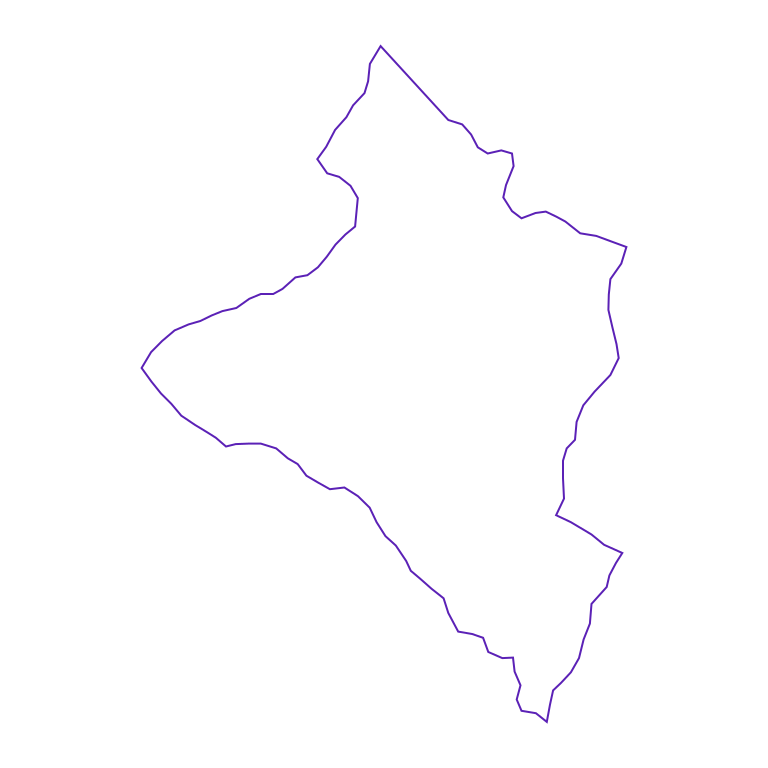 Júlio Mesquita, São Paulo, Brazil (Natural Earth projection)
{"feature_id": "56859067B97647740758227", "entity_name": "Júlio Mesquita", "entity_type": "district", "adm_level": 2, "iso_a3": "BRA", "parent_name": "Brazil", "parent_adm1": "São Paulo", "projection": "natural_earth1", "projection_center": [-49.794, -21.975], "detail": "fine", "context": "isolated", "style": "outline", "palette": "violet", "viewbox_px": 768, "rotation_deg": 0, "n_neighbors": 0, "source": "geoboundaries", "source_scale": "gbopen_adm2", "svg_char_len": 1659}
<svg xmlns="http://www.w3.org/2000/svg" viewBox="0 0 768 768"><path d="M606.7,587.0L609.4,575.4L616.0,562.9L622.3,553.0L604.1,544.8L591.5,534.5L570.9,522.2L556.1,515.2L564.0,498.6L563.0,478.3L563.0,460.7L566.7,448.4L575.0,439.8L576.6,421.9L583.3,405.3L594.6,391.6L610.4,375.0L618.7,358.1L616.5,344.1L612.4,327.3L608.4,309.9L608.8,294.5L610.4,279.1L621.3,263.6L626.4,247.0L611.4,241.5L596.2,235.9L580.2,233.3L565.3,221.5L556.4,216.7L545.8,211.6L535.5,213.0L521.5,218.3L512.0,211.1L503.3,197.4L506.0,185.1L513.6,166.1L512.0,153.5L501.3,150.4L487.7,153.5L477.8,147.3L471.1,134.5L462.2,124.4L448.3,120.0L380.6,46.1L369.9,63.9L368.1,81.3L364.5,93.1L353.1,105.3L346.4,117.2L335.1,129.9L326.2,146.8L317.3,159.1L327.2,173.3L339.2,176.9L350.5,185.8L357.8,198.1L356.4,212.8L355.1,226.5L345.4,234.5L335.5,244.6L326.8,256.7L317.9,267.3L307.4,275.2L295.4,277.4L282.5,288.9L273.2,294.0L260.8,294.0L249.3,298.8L236.3,308.0L222.4,311.1L211.8,315.4L200.3,321.0L188.6,324.4L174.6,330.4L162.1,341.0L151.1,352.1L141.6,368.0L151.5,381.7L161.0,393.5L171.4,403.9L181.3,415.7L195.3,425.1L207.2,432.3L215.9,437.8L226.0,446.5L235.7,444.1L248.9,443.6L260.8,443.6L276.2,448.4L287.8,458.3L297.7,464.1L306.4,475.7L318.3,482.7L329.9,489.2L344.4,487.5L358.0,496.2L369.7,507.7L376.6,522.2L385.5,536.2L395.8,545.5L406.2,561.0L410.8,570.8L419.7,578.3L431.7,588.9L443.6,598.3L448.3,613.0L458.2,631.6L472.1,634.0L483.1,637.8L488.3,652.0L502.3,658.1L513.0,657.6L514.6,671.6L520.5,685.3L516.7,699.5L521.5,710.8L535.9,713.2L546.8,721.9L550.0,704.6L553.1,690.4L561.0,682.9L570.9,672.3L579.0,658.1L583.6,639.5L589.9,623.6L591.5,603.9L606.7,587.0Z" fill="none" stroke="#5b21b6" stroke-width="2"/></svg>